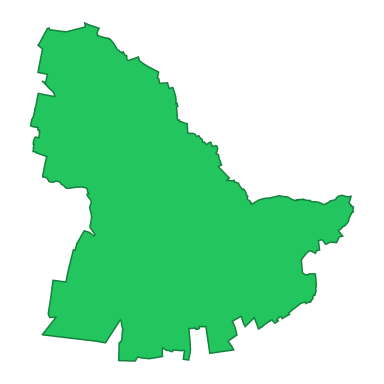 the district of Oradea, Bihor, Romania
{"feature_id": "2599482B8736220817174", "entity_name": "Oradea", "entity_type": "district", "adm_level": 2, "iso_a3": "ROU", "parent_name": "Romania", "parent_adm1": "Bihor", "projection": "albers", "projection_center": [21.942, 47.075], "detail": "fine", "context": "isolated", "style": "filled", "palette": "green", "viewbox_px": 384, "rotation_deg": 0, "n_neighbors": 0, "source": "geoboundaries", "source_scale": "gbopen_adm2", "svg_char_len": 5872}
<svg xmlns="http://www.w3.org/2000/svg" viewBox="0 0 384 384"><path d="M289.4,314.5L288.5,313.3L292.4,309.8L295.1,307.9L300.5,303.5L305.0,302.0L305.8,303.6L306.6,303.1L308.1,302.5L308.8,302.1L309.3,302.3L310.7,301.9L311.1,301.3L311.1,300.3L311.2,300.0L312.1,299.6L312.9,298.7L313.0,298.0L312.8,297.0L313.0,296.3L313.4,295.6L313.8,295.4L314.5,295.5L314.8,295.3L315.0,294.9L315.0,294.5L315.3,294.0L315.3,293.4L316.1,291.1L315.6,288.3L316.4,286.6L315.5,274.5L315.1,273.9L309.2,273.9L307.2,274.9L305.1,274.7L302.5,272.7L301.3,259.6L306.8,252.9L309.5,250.9L311.6,251.2L315.3,253.3L317.0,250.4L319.6,250.0L318.4,240.8L321.8,239.6L322.6,240.1L324.7,243.2L325.4,244.1L325.8,244.3L330.4,242.1L336.5,242.7L339.2,237.0L342.7,236.1L338.4,230.8L339.7,229.7L340.7,229.2L342.6,226.8L344.8,225.9L347.3,223.0L348.4,221.4L348.8,220.2L348.9,218.9L349.5,217.4L351.9,212.6L353.4,212.0L352.8,208.8L353.4,208.1L353.4,207.3L352.8,206.5L352.6,206.7L352.1,206.4L351.7,206.0L351.3,206.2L350.7,205.9L351.1,205.3L350.6,204.4L349.0,203.3L351.1,196.3L350.7,196.3L349.1,196.7L347.3,196.7L345.5,196.4L343.3,195.6L341.4,195.3L340.0,195.8L338.8,196.0L337.6,196.8L336.5,197.7L335.7,199.3L335.7,199.6L334.9,199.9L332.7,200.3L332.2,200.6L330.7,200.7L327.5,203.0L326.9,203.1L324.6,204.2L323.7,204.5L323.2,204.5L321.3,203.3L320.3,203.0L319.1,202.4L316.8,201.9L312.2,201.8L311.0,201.3L310.2,200.5L310.0,200.4L307.8,200.5L304.6,199.8L303.8,199.4L303.8,199.6L301.0,199.3L298.4,200.1L298.3,199.5L296.4,199.9L296.5,200.5L295.8,200.7L292.5,199.7L290.1,198.4L289.8,198.4L288.1,197.1L287.3,196.9L283.8,196.5L282.1,196.5L280.7,196.1L280.3,195.8L278.9,195.8L269.1,198.1L266.1,198.2L263.7,198.6L259.5,199.8L258.8,200.1L253.3,203.3L253.2,203.1L253.3,203.4L253.2,203.5L252.4,203.7L251.3,204.3L251.1,204.1L250.9,203.9L250.7,203.6L251.0,202.9L250.9,202.4L250.8,202.1L249.7,200.8L248.2,200.1L247.1,198.6L247.8,196.6L246.5,194.6L244.9,190.5L244.2,189.6L243.4,189.1L242.7,189.6L241.0,187.7L239.4,185.5L239.1,184.9L238.8,183.9L238.5,183.2L237.7,183.1L236.0,182.2L234.2,182.0L234.2,180.4L231.5,180.8L227.0,180.3L229.3,177.9L227.9,176.7L218.8,167.1L218.5,166.3L221.6,165.0L219.3,159.0L218.4,154.6L215.9,153.6L216.9,151.7L217.6,149.1L217.6,148.2L217.4,147.4L217.1,146.7L216.8,145.9L215.9,145.7L212.4,146.5L212.1,146.0L210.8,142.2L209.9,142.3L208.8,142.8L206.4,144.7L205.6,143.5L204.4,142.1L203.6,142.4L203.1,142.2L202.6,141.4L202.1,139.3L200.7,138.3L199.8,137.4L199.4,136.9L199.3,136.2L198.4,135.8L198.2,136.0L196.2,136.3L195.5,134.7L193.9,133.6L192.5,133.4L191.0,133.5L187.5,132.8L187.7,131.2L187.5,130.3L187.6,129.6L187.4,126.8L187.1,126.2L187.3,123.7L185.1,123.3L181.2,121.7L179.7,121.7L179.6,120.0L177.5,120.2L176.6,108.2L176.8,107.1L177.1,106.7L177.8,106.3L177.5,106.0L177.2,103.5L175.9,104.0L175.8,103.3L176.2,103.1L175.7,96.4L173.3,88.8L172.7,87.4L169.3,88.5L168.9,87.8L167.5,82.8L165.2,83.1L161.1,83.2L159.8,83.4L159.6,83.0L159.3,81.9L158.8,78.8L157.3,78.1L158.6,72.6L158.5,72.0L147.7,66.4L143.1,63.5L139.6,60.8L139.0,59.8L138.6,57.6L138.4,56.9L134.9,58.3L132.1,59.2L129.3,60.2L128.2,60.8L127.9,60.2L127.2,59.6L126.7,58.2L126.5,56.8L126.9,56.4L126.9,56.1L126.6,55.7L126.3,55.6L125.8,55.2L125.2,55.2L124.5,54.8L124.3,53.8L123.6,53.0L123.6,52.6L123.1,51.8L122.0,53.0L121.3,52.1L120.8,51.9L120.2,52.0L119.9,51.8L119.4,50.9L118.8,50.3L118.0,50.1L117.5,49.8L116.9,48.9L116.5,47.9L115.7,46.8L114.9,45.4L113.6,43.4L110.5,39.5L108.7,38.8L108.9,38.5L106.6,37.9L106.4,38.2L97.3,35.5L97.7,34.5L97.0,32.6L99.1,28.2L88.2,24.6L84.8,23.0L85.4,26.9L65.9,31.9L49.5,29.7L49.3,28.9L49.3,28.2L47.5,28.3L38.6,44.8L38.2,44.8L38.0,45.1L42.5,49.0L39.1,66.5L38.0,72.4L47.5,74.3L47.2,75.0L45.6,83.0L42.0,80.9L46.9,85.6L46.9,85.9L53.0,92.0L53.7,93.0L55.0,96.1L54.3,96.5L38.2,93.5L35.9,106.0L35.0,108.3L34.1,114.0L33.1,117.3L31.8,119.4L30.6,125.8L31.8,126.3L33.4,126.8L38.0,127.5L37.7,129.8L39.4,130.1L39.1,132.1L39.8,132.2L38.8,137.6L35.6,137.1L35.5,137.6L34.6,138.0L34.3,139.2L33.5,141.0L33.2,144.3L34.0,144.6L33.3,147.9L33.4,149.6L33.0,151.5L36.3,152.1L36.1,152.8L46.7,156.5L44.9,164.4L42.9,174.7L42.6,176.9L43.8,177.1L44.5,177.0L45.6,177.4L47.0,178.1L48.9,181.3L49.3,181.7L51.2,182.1L53.4,182.1L54.2,181.9L55.8,181.2L56.3,181.1L58.6,181.6L60.0,182.3L60.5,182.7L61.2,184.1L63.9,185.7L65.8,187.9L67.7,188.3L69.5,188.2L75.9,187.2L81.3,187.0L82.6,187.1L83.0,187.4L84.2,187.3L85.2,187.8L86.9,188.3L87.5,190.6L87.7,192.2L88.8,193.3L88.8,193.8L87.0,194.3L87.6,195.9L88.5,197.4L90.7,200.0L91.3,201.7L91.3,202.5L90.2,205.4L89.6,207.3L91.4,215.0L91.6,217.9L89.9,227.1L94.1,233.4L95.1,234.6L93.9,236.0L90.5,233.3L89.3,232.4L84.4,230.8L83.9,231.2L77.3,243.0L77.1,242.9L74.9,250.5L73.4,249.8L68.5,269.4L65.9,282.0L53.8,280.4L53.1,280.3L53.0,280.5L50.9,297.0L48.2,313.9L49.7,317.4L50.2,317.5L56.0,317.2L42.4,334.6L43.0,334.9L95.5,341.1L105.5,342.8L120.3,319.8L120.5,320.1L120.7,320.9L121.6,322.3L121.5,324.6L122.8,329.2L122.2,332.9L121.9,338.9L122.0,339.5L119.9,342.7L119.2,342.8L118.7,360.6L135.4,361.0L137.4,357.1L138.0,357.0L141.1,357.9L149.4,358.7L162.6,356.5L162.4,356.0L162.2,352.8L162.3,349.8L162.6,347.8L166.6,350.4L167.5,350.5L168.6,350.4L171.0,351.6L172.2,351.6L172.5,351.4L173.1,350.1L173.4,350.0L181.3,350.7L183.3,350.3L184.5,350.4L183.3,359.3L188.7,360.0L190.3,351.8L190.5,349.5L190.1,342.1L188.9,328.6L195.5,328.1L195.6,328.9L196.0,328.9L196.0,329.3L198.4,329.1L199.6,328.1L199.6,327.9L199.3,327.7L199.2,327.3L199.4,327.1L199.3,326.4L203.4,326.8L205.9,326.5L209.8,353.3L233.6,349.9L232.2,347.0L228.1,341.1L236.9,335.0L236.3,332.2L235.1,327.6L234.7,326.4L232.3,321.3L240.7,316.5L241.1,316.3L242.4,319.5L242.9,321.6L243.9,324.4L245.0,325.9L245.2,326.6L254.2,317.7L257.7,326.4L258.5,329.0L261.5,327.2L264.9,324.4L269.6,321.1L270.3,321.1L270.2,320.6L271.2,320.0L272.1,319.9L274.7,323.2L274.8,323.2L278.2,321.0L276.8,319.9L278.8,317.5L280.5,316.6L281.1,316.7L282.2,318.6L285.7,316.5L289.4,314.5Z" fill="#22c55e" stroke="#15803d" stroke-width="1.5"/></svg>